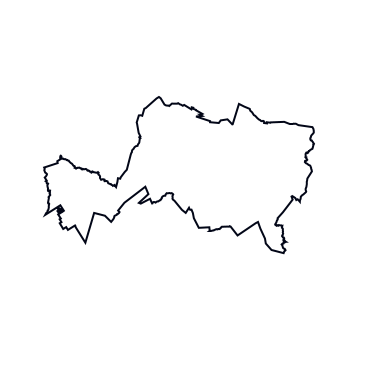 outline of Rosales, Chihuahua, Mexico, rotated 238°
{"feature_id": "50627088B98437787119642", "entity_name": "Rosales", "entity_type": "district", "adm_level": 2, "iso_a3": "MEX", "parent_name": "Mexico", "parent_adm1": "Chihuahua", "projection": "albers", "projection_center": [-105.763, 28.244], "detail": "fine", "context": "isolated", "style": "outline", "palette": "ink", "viewbox_px": 384, "rotation_deg": 238, "n_neighbors": 0, "source": "geoboundaries", "source_scale": "gbopen_adm2", "svg_char_len": 6060}
<svg xmlns="http://www.w3.org/2000/svg" viewBox="0 0 384 384"><g transform="rotate(238 192 192)"><path d="M223.9,74.7L205.5,74.7L226.1,97.9L218.0,105.6L209.5,107.6L210.6,110.8L211.6,112.5L212.5,113.2L212.8,113.7L212.5,116.1L213.0,116.9L212.8,117.6L212.7,117.7L212.9,119.0L213.4,119.9L215.4,119.5L218.7,129.0L221.2,155.2L213.3,153.9L210.9,141.2L209.3,142.4L208.5,152.8L203.4,152.1L203.3,152.4L203.9,153.2L203.8,154.2L203.3,154.9L202.3,155.5L202.5,156.5L202.4,157.6L201.9,158.3L202.0,160.4L201.8,160.8L202.1,161.1L202.1,162.0L202.7,162.6L202.7,163.1L203.4,163.6L203.8,164.8L203.6,166.4L203.0,167.4L203.9,168.4L204.4,169.9L203.9,170.4L203.0,172.5L201.9,173.4L201.8,174.2L200.7,174.7L199.9,174.8L198.9,173.2L198.2,173.0L197.0,172.3L196.7,171.9L195.8,171.8L193.8,172.5L182.2,174.0L177.6,175.6L180.2,181.1L178.4,180.8L177.8,181.1L177.3,182.2L173.7,181.6L168.8,179.7L158.0,178.8L152.9,188.0L151.1,187.1L149.8,186.8L149.7,186.1L148.9,187.4L148.2,189.6L147.9,190.0L148.0,190.3L147.6,192.8L147.2,193.5L146.9,193.6L146.7,194.0L146.7,194.7L145.9,195.8L146.5,197.4L146.3,197.6L146.7,198.9L143.6,204.2L142.9,205.1L142.8,205.5L143.0,205.8L142.3,206.4L131.0,207.6L131.8,229.5L131.6,232.1L124.8,230.6L113.8,229.2L109.2,227.3L100.7,228.7L91.6,237.3L92.7,238.7L93.0,240.4L93.4,240.5L93.7,240.1L94.7,240.5L95.4,239.9L96.1,239.6L97.6,239.9L98.7,240.3L100.0,240.2L100.2,241.0L100.0,241.3L100.1,241.7L99.9,241.8L99.8,242.3L100.2,242.8L100.2,243.3L100.6,243.8L100.3,243.9L100.1,244.3L100.3,244.6L100.0,245.2L100.8,244.8L101.4,243.9L101.8,244.7L102.9,244.1L103.1,244.9L103.3,245.3L104.0,245.7L104.7,245.7L104.9,245.4L104.7,245.2L105.3,245.0L106.4,245.2L106.7,245.0L107.3,245.4L107.2,245.9L107.9,246.5L108.3,247.2L109.7,247.6L110.3,248.3L111.2,248.6L111.9,249.1L112.9,249.6L114.1,249.3L115.5,250.7L115.7,250.2L116.4,250.0L116.5,249.6L117.6,248.5L117.6,247.6L118.2,247.5L118.2,246.9L118.7,246.6L118.4,246.1L118.5,245.8L119.5,245.6L119.8,245.3L120.5,245.4L121.5,247.4L122.9,249.0L123.1,249.8L123.7,250.5L124.4,250.7L126.6,258.3L132.2,273.3L135.4,274.0L135.4,274.7L135.2,274.7L134.8,275.2L132.2,276.4L130.0,276.2L130.1,277.0L129.9,277.6L129.6,277.5L128.7,278.0L126.6,278.3L127.6,279.0L128.6,280.4L130.4,281.9L130.9,283.8L130.9,285.0L131.5,288.5L131.7,288.8L131.9,289.1L133.6,289.5L134.5,290.1L135.7,291.7L137.9,293.6L139.9,294.8L140.4,295.4L142.3,297.0L145.9,304.6L147.8,305.3L148.5,305.3L149.3,305.8L151.5,306.2L152.0,306.1L153.2,305.2L154.8,304.7L156.0,303.9L157.6,303.6L158.4,304.4L157.9,305.2L157.9,305.7L158.2,306.8L158.8,306.9L159.4,306.6L160.0,306.7L160.6,307.2L160.8,306.8L161.4,306.6L162.3,307.5L164.0,308.4L164.7,309.6L163.9,310.3L164.1,310.8L164.4,311.0L163.9,311.5L164.9,312.8L164.6,313.3L165.0,314.6L164.8,316.9L165.2,317.2L165.4,317.8L165.8,318.1L167.5,319.9L167.9,320.0L167.9,320.5L168.2,321.0L168.9,321.0L169.6,320.8L170.4,321.0L171.3,320.8L172.1,320.9L172.5,320.4L172.9,320.1L173.7,320.4L174.1,320.3L175.0,320.9L175.1,321.3L176.7,323.1L177.5,326.0L177.9,326.8L179.4,327.7L181.2,328.4L183.2,328.5L192.3,317.7L194.9,316.2L195.7,314.8L196.0,314.6L196.3,313.4L197.8,311.0L202.6,307.4L209.4,295.5L209.2,295.2L211.5,292.4L210.5,291.9L212.3,289.7L213.0,290.2L214.1,290.4L214.7,289.9L214.9,288.9L215.8,288.1L216.9,287.9L217.7,287.3L219.8,286.6L223.0,286.0L224.5,285.2L227.7,285.2L230.1,284.5L231.9,285.0L236.7,281.6L241.8,278.5L227.9,262.4L228.0,262.0L234.8,260.6L237.5,254.3L236.3,251.3L241.6,244.3L242.5,244.9L253.9,235.4L251.1,240.9L253.3,239.8L252.9,240.5L252.7,242.2L259.2,238.7L259.5,238.9L261.8,237.2L262.7,237.8L263.9,236.7L262.6,235.8L262.3,235.3L270.0,231.5L270.0,229.9L271.8,229.0L272.7,228.2L274.7,227.3L274.7,226.3L277.6,221.8L277.0,218.3L277.6,218.1L277.8,217.6L279.1,215.9L280.7,215.0L288.1,215.1L290.1,214.3L290.1,211.5L287.7,197.3L287.9,195.7L283.0,190.2L284.3,189.1L285.1,187.5L280.2,181.9L279.3,181.7L270.4,178.1L266.4,177.7L266.4,176.3L265.3,176.3L264.9,177.6L264.9,176.0L262.0,173.6L261.5,172.9L261.3,172.1L260.7,171.0L260.0,170.3L260.6,168.5L260.4,166.9L259.5,165.2L259.5,164.7L259.2,163.6L258.6,162.8L257.6,162.1L257.3,161.3L256.3,160.0L245.4,148.5L244.6,145.5L242.2,139.3L241.3,138.2L242.9,136.5L240.0,134.0L236.4,130.2L237.4,130.1L237.9,129.7L239.0,130.0L239.1,128.2L239.8,128.2L240.4,127.7L241.7,127.4L241.8,126.9L242.2,126.8L243.8,125.6L245.8,126.0L246.3,125.5L246.6,125.4L247.5,123.6L248.2,123.7L248.7,124.4L248.9,124.4L250.1,123.2L250.5,121.4L252.7,121.4L253.9,122.3L255.0,122.4L256.5,121.9L257.3,122.2L257.7,123.0L258.7,122.8L258.6,122.2L258.7,121.5L259.4,120.9L259.7,120.3L260.4,119.8L261.1,118.8L261.2,119.0L262.2,118.5L262.3,117.8L261.9,117.5L261.8,116.9L262.8,116.8L263.1,116.3L264.1,116.2L264.3,115.8L265.1,115.7L265.6,115.1L265.6,114.7L267.0,114.6L267.8,114.2L268.5,112.4L269.2,111.9L269.2,111.0L269.5,110.7L270.1,111.0L270.5,110.7L270.6,110.3L271.1,110.3L271.6,109.7L272.3,109.5L272.8,108.4L273.1,108.1L273.1,107.5L273.4,107.1L273.3,106.1L273.9,106.0L274.1,105.7L274.7,105.3L274.9,105.7L275.6,106.1L276.2,106.1L276.3,105.8L277.0,105.4L279.6,105.2L280.7,104.6L282.7,104.1L283.8,104.1L284.1,103.6L285.2,103.3L285.5,102.6L286.3,102.4L287.0,102.0L287.3,101.6L287.4,101.1L288.2,100.4L288.6,100.4L289.3,99.0L289.6,98.9L290.7,99.2L290.4,99.6L290.8,99.9L291.1,99.8L291.7,100.1L292.3,100.0L292.4,99.9L292.1,99.3L290.7,98.2L289.5,97.9L289.5,94.1L287.7,93.4L291.1,79.6L289.7,79.4L288.8,78.3L286.3,77.8L285.2,78.3L284.0,78.5L283.5,78.0L282.7,76.5L282.3,74.8L278.6,74.8L278.6,73.8L277.8,74.2L277.1,73.7L276.4,73.5L275.7,74.3L275.3,74.4L274.5,73.0L272.8,72.2L271.5,71.9L269.8,70.7L269.2,70.5L268.2,71.0L268.0,71.5L268.6,72.2L268.4,72.4L267.0,71.2L266.4,71.1L266.0,70.3L264.6,70.2L263.7,67.7L263.3,67.8L262.9,67.6L259.2,64.2L258.5,64.0L257.9,64.7L257.6,64.6L255.9,63.0L254.9,62.5L253.5,61.2L252.9,60.5L252.8,59.8L251.6,58.7L251.4,57.2L250.4,55.5L250.5,73.3L244.0,73.4L243.9,72.0L247.1,72.0L247.1,70.7L248.9,70.7L248.9,69.3L247.2,69.3L247.1,67.8L245.7,67.9L245.7,70.7L243.9,70.7L243.9,66.6L239.0,66.7L239.0,65.3L235.6,65.3L235.6,63.3L228.9,63.2L228.9,66.7L225.6,66.7L225.6,75.1L224.9,75.1L223.9,74.7Z" fill="none" stroke="#020617" stroke-width="2"/></g></svg>